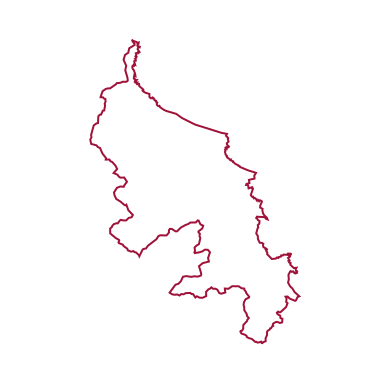 Lima, Lima Province, Peru (orthographic projection), rotated 173°
{"feature_id": "86281439B5897753899369", "entity_name": "Lima", "entity_type": "district", "adm_level": 2, "iso_a3": "PER", "parent_name": "Peru", "parent_adm1": "Lima Province", "projection": "orthographic", "projection_center": [-76.975, -12.046], "detail": "fine", "context": "isolated", "style": "outline", "palette": "rose", "viewbox_px": 384, "rotation_deg": 173, "n_neighbors": 0, "source": "geoboundaries", "source_scale": "gbopen_adm2", "svg_char_len": 6044}
<svg xmlns="http://www.w3.org/2000/svg" viewBox="0 0 384 384"><g transform="rotate(173 192 192)"><path d="M126.1,203.2L133.8,206.7L141.3,211.0L141.4,211.6L142.6,212.2L142.5,212.6L145.8,214.8L146.1,215.4L145.8,215.9L146.1,215.6L147.6,216.6L147.4,217.4L149.9,218.8L149.7,219.2L150.1,219.1L150.9,220.2L150.4,221.0L151.0,220.4L152.8,221.9L153.3,223.2L152.9,223.5L154.0,224.9L154.4,227.9L153.8,228.7L154.0,229.7L153.5,229.8L153.4,231.9L152.5,232.0L152.2,231.5L152.1,232.1L151.7,231.8L150.8,231.9L151.1,232.3L150.0,232.9L151.0,233.9L151.6,235.5L151.5,236.2L149.6,237.5L150.0,240.2L149.5,241.2L151.4,243.7L150.2,245.4L155.7,247.2L180.8,258.6L192.7,266.5L198.2,271.5L207.7,275.6L209.9,277.0L213.4,280.1L213.8,281.5L214.9,281.3L216.0,282.4L216.3,283.7L215.6,285.1L216.7,285.9L216.6,286.9L217.9,287.5L217.9,288.5L218.7,289.1L218.7,289.9L219.8,290.4L219.2,291.4L220.4,289.9L221.7,290.2L222.7,291.5L222.3,294.5L226.1,296.2L228.2,297.8L227.9,298.6L228.6,298.9L228.0,299.8L231.4,303.5L231.4,305.7L233.3,305.6L233.9,306.7L233.1,307.4L234.9,307.6L235.4,308.3L235.1,308.8L234.4,308.6L234.2,309.8L233.8,309.4L233.4,309.8L234.1,309.8L234.6,310.7L235.1,310.5L235.9,312.0L235.2,314.4L234.0,313.7L234.0,315.5L234.5,316.2L234.1,316.5L234.9,320.0L235.9,321.6L236.0,323.6L235.5,324.6L234.9,324.4L234.5,325.0L234.2,324.7L234.0,325.5L232.9,325.0L233.5,328.4L233.1,329.2L231.8,329.2L231.7,331.1L232.1,331.3L231.0,332.1L231.2,332.5L230.6,333.2L231.5,333.7L230.5,335.1L230.9,336.5L228.9,336.9L228.6,337.4L227.6,337.4L227.7,336.8L227.0,337.2L228.6,340.4L227.7,342.4L226.3,341.9L226.1,342.5L228.4,343.8L228.3,344.5L227.1,345.5L226.7,346.9L228.2,346.6L228.6,347.5L232.4,349.5L233.1,350.6L232.4,348.3L230.9,346.0L231.0,345.0L236.8,342.3L238.3,338.0L241.8,336.2L243.8,331.5L241.9,325.3L243.4,321.0L242.2,313.8L242.1,311.0L242.5,309.9L244.3,309.4L247.2,309.9L250.0,309.1L253.5,309.2L254.3,308.2L260.8,304.8L262.9,305.1L265.0,304.8L268.4,303.0L271.1,297.6L271.2,297.2L268.8,296.8L267.8,295.4L266.6,294.8L266.8,292.2L267.9,290.3L267.8,288.2L269.2,283.6L270.6,283.6L272.8,279.9L273.9,280.0L275.7,278.7L276.9,271.9L278.5,271.7L281.4,270.1L285.2,260.9L285.1,258.7L286.6,256.3L286.2,252.0L281.2,250.0L280.1,248.2L277.9,246.8L276.2,241.1L273.2,236.2L273.7,234.7L270.0,234.3L269.3,232.6L267.5,231.5L264.7,227.4L263.5,223.9L267.5,220.4L263.9,218.3L262.8,216.3L261.4,215.0L257.5,214.6L255.3,210.1L258.6,206.6L259.1,205.5L262.5,206.2L266.0,205.3L269.5,201.0L269.2,197.7L268.0,194.3L264.4,191.4L260.6,187.3L259.6,186.8L258.7,187.4L257.4,181.7L253.5,176.4L255.0,174.3L258.0,174.0L260.8,171.8L263.9,172.2L266.0,173.0L267.0,172.6L269.5,169.9L270.8,170.2L273.5,169.6L275.1,168.3L275.9,166.9L277.7,165.7L278.2,160.8L273.1,155.4L270.4,153.5L270.1,152.8L271.1,151.0L270.8,150.2L267.1,148.2L266.6,146.8L263.2,143.7L262.8,141.9L259.7,140.2L257.3,140.5L256.4,139.3L255.0,138.9L252.4,135.8L252.1,134.6L248.1,140.8L247.2,141.4L244.6,141.5L242.2,144.1L233.0,149.5L230.8,152.3L228.7,152.9L223.0,152.0L222.1,152.4L219.8,154.6L219.6,156.8L218.5,158.1L216.5,157.8L213.2,155.0L211.6,154.8L207.3,158.1L202.4,160.1L199.8,160.6L197.4,161.9L191.9,161.3L189.9,163.1L188.9,162.8L187.6,158.9L185.0,157.2L186.3,154.5L190.4,152.1L190.4,151.0L189.3,149.6L189.9,147.4L189.4,145.2L191.4,139.5L194.3,138.1L196.2,136.6L196.2,133.1L197.0,131.6L196.6,131.0L191.5,131.3L188.7,131.9L186.3,133.2L183.3,132.7L181.5,130.0L184.1,124.5L183.7,120.9L190.0,120.1L194.1,117.5L192.9,110.7L192.9,108.8L193.4,108.0L196.5,107.3L200.4,108.1L202.7,107.8L207.9,109.2L211.3,109.0L213.9,104.8L216.8,102.5L219.7,102.0L226.5,94.8L224.2,92.9L221.8,92.1L219.2,92.1L217.0,90.8L215.1,92.0L212.8,91.5L210.5,92.4L205.9,92.0L205.0,90.8L203.3,90.5L201.6,86.9L199.9,87.9L197.3,86.2L194.5,85.7L190.6,86.9L190.2,91.2L187.6,93.4L186.0,93.8L184.4,95.0L182.9,93.4L180.4,93.1L178.7,91.9L177.3,88.4L175.4,87.5L171.2,88.2L171.2,92.2L167.6,91.5L163.6,93.6L157.1,92.7L154.5,90.4L151.9,89.8L151.9,88.4L150.7,86.6L150.4,85.0L148.0,81.0L148.3,80.3L151.9,79.0L153.9,76.2L154.6,73.3L154.2,71.8L154.5,68.3L152.5,64.1L152.6,62.4L151.0,60.0L152.7,58.4L153.0,57.3L157.3,53.7L157.8,50.3L159.1,48.3L160.7,48.1L161.0,47.4L160.1,45.4L156.7,43.8L155.4,42.6L155.3,41.4L153.3,40.0L150.5,38.9L147.5,35.5L146.4,35.5L145.5,34.6L144.5,34.5L141.5,35.0L141.3,33.7L140.6,33.4L139.5,34.3L137.1,34.9L136.8,37.8L134.9,41.0L134.6,44.0L133.8,45.0L131.6,46.1L131.1,47.1L130.1,47.2L128.6,49.1L127.7,49.2L127.9,50.9L127.3,51.6L124.4,52.8L123.3,52.7L120.7,51.3L118.4,51.6L117.7,55.2L119.5,56.0L119.6,58.6L121.1,59.5L122.3,60.9L122.5,61.8L121.1,62.8L120.1,62.0L118.9,61.9L112.7,66.3L110.7,70.0L111.9,71.4L111.1,74.9L111.9,76.7L109.8,76.6L108.0,74.3L102.9,71.4L102.1,71.7L99.9,75.0L98.2,75.4L102.4,80.2L104.1,84.0L106.1,86.4L107.7,90.3L106.5,93.8L106.4,97.9L104.3,101.1L103.6,101.5L102.9,100.6L101.3,100.9L100.7,99.7L100.0,99.6L100.0,98.9L99.0,98.5L97.6,99.0L98.0,100.0L97.4,100.5L98.4,101.5L98.5,103.0L97.6,104.1L100.2,104.1L103.0,107.5L103.3,108.6L102.8,109.4L104.2,110.3L103.5,112.0L104.4,112.2L103.9,112.7L104.7,114.9L102.6,115.9L102.5,116.3L103.7,117.2L102.7,117.2L102.7,117.8L101.7,117.7L100.9,119.1L102.0,118.2L102.5,118.9L104.3,119.2L105.3,118.1L108.8,118.7L109.5,117.9L111.2,118.2L111.6,117.1L113.8,116.8L114.3,116.0L115.6,116.7L116.9,115.7L121.0,115.8L125.0,121.2L124.6,122.8L125.4,124.0L125.6,125.5L124.8,125.4L124.5,125.9L125.2,126.7L126.1,126.6L126.2,127.5L127.8,128.5L128.0,130.7L127.5,131.9L128.6,132.9L131.0,133.4L132.3,137.4L132.0,140.2L133.3,143.1L131.3,148.0L130.6,148.6L130.7,151.2L129.0,152.4L128.5,155.0L130.0,156.1L130.6,157.8L131.4,158.2L131.0,159.4L131.4,159.7L123.0,158.2L121.7,156.3L120.4,155.6L120.8,157.3L123.1,160.0L124.1,162.1L124.4,165.3L124.0,166.7L126.3,168.3L125.8,170.5L123.8,173.7L124.0,174.6L125.5,175.5L126.5,174.6L127.5,176.3L128.4,176.6L128.7,175.8L129.8,178.0L130.6,178.5L131.4,178.2L132.0,179.9L132.6,179.7L133.4,180.6L134.0,181.8L131.1,187.8L131.4,188.8L132.0,188.7L132.0,189.4L135.4,188.7L135.5,191.6L135.9,192.3L137.4,192.4L137.0,193.3L133.9,193.9L134.0,197.1L128.3,197.7L128.2,200.6L126.1,203.2Z" fill="none" stroke="#9f1239" stroke-width="2"/></g></svg>